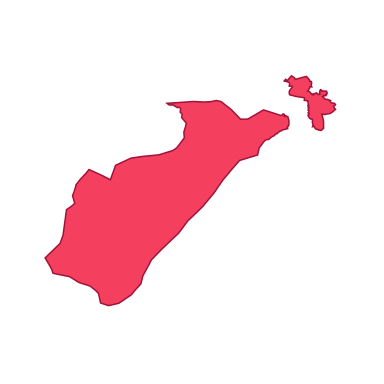 the district of Ilorin East, Kwara, Nigeria, rotated 171°
{"feature_id": "59680162B49050440888294", "entity_name": "Ilorin East", "entity_type": "district", "adm_level": 2, "iso_a3": "NGA", "parent_name": "Nigeria", "parent_adm1": "Kwara", "projection": "mercator", "projection_center": [4.629, 8.608], "detail": "fine", "context": "isolated", "style": "filled", "palette": "rose", "viewbox_px": 384, "rotation_deg": 171, "n_neighbors": 0, "source": "geoboundaries", "source_scale": "gbopen_adm2", "svg_char_len": 4236}
<svg xmlns="http://www.w3.org/2000/svg" viewBox="0 0 384 384"><g transform="rotate(171 192 192)"><path d="M202.8,283.5L201.2,281.7L198.4,281.0L197.6,281.4L195.0,279.1L193.1,277.6L191.0,277.6L190.2,276.0L191.2,272.7L189.5,270.3L190.6,267.1L186.9,261.0L188.4,257.1L190.7,252.4L191.1,246.7L199.9,238.2L204.2,236.0L219.1,233.9L235.7,234.9L247.0,235.0L263.3,230.3L270.7,216.9L278.1,222.3L290.2,230.3L292.6,228.2L293.3,227.5L293.5,227.1L294.1,226.7L294.7,226.4L296.8,224.8L298.2,223.6L300.1,222.2L303.7,218.9L304.9,217.8L305.2,217.5L305.5,217.1L305.7,216.7L305.8,216.0L308.7,210.2L310.6,207.1L309.6,199.1L313.4,196.7L318.7,194.2L326.2,169.3L330.4,161.8L347.4,149.9L344.9,143.6L344.3,142.1L342.7,137.6L341.9,133.4L326.1,127.5L318.0,120.4L307.5,115.1L302.8,110.1L300.2,106.4L299.7,96.7L292.2,92.8L285.4,93.3L281.8,93.5L274.1,97.1L267.9,100.0L263.6,103.9L256.9,109.2L253.6,116.9L248.8,123.2L245.8,127.1L242.6,131.4L231.2,140.0L211.6,153.5L202.1,162.7L200.7,164.1L189.7,171.7L184.0,175.7L170.2,187.8L164.4,194.0L159.7,198.9L148.7,208.5L141.5,214.5L140.1,215.7L121.4,218.3L118.7,225.1L113.2,230.4L111.1,231.9L107.8,232.0L105.6,233.5L103.7,234.3L101.7,234.9L100.9,235.7L99.8,236.2L98.7,236.3L98.3,237.0L97.5,237.2L96.7,237.6L96.3,238.2L95.4,238.4L94.6,238.3L94.0,238.6L93.0,239.1L91.2,239.3L89.7,239.4L87.6,239.6L87.7,241.1L86.8,241.7L86.5,242.6L86.0,242.7L85.5,244.8L85.1,247.6L85.4,250.0L85.6,251.5L86.6,252.0L87.6,252.7L88.5,251.9L89.0,252.3L88.6,254.1L89.8,254.9L91.4,253.6L93.1,254.1L108.5,261.9L125.5,255.3L132.6,256.3L140.2,267.1L149.2,276.8L153.8,278.6L158.8,278.3L165.7,278.9L176.0,281.1L202.8,283.5ZM48.5,272.7L49.1,273.0L49.3,272.8L49.7,272.3L49.9,271.9L50.1,271.5L50.4,270.4L50.5,269.8L50.6,269.5L50.6,269.2L50.3,268.5L50.6,268.5L50.9,268.4L51.3,268.5L51.9,268.5L52.1,268.8L52.2,269.0L52.5,269.2L52.9,269.7L53.4,270.4L53.8,270.4L54.3,270.3L55.0,270.1L55.4,269.7L55.6,269.4L55.8,269.5L56.1,269.9L56.4,269.9L56.9,269.9L57.3,269.9L57.4,269.0L58.1,269.4L58.5,269.8L59.1,271.1L59.4,271.5L59.8,272.1L60.4,272.8L62.0,273.7L60.8,274.7L60.3,275.3L59.7,276.0L59.4,276.6L59.2,277.4L57.2,277.1L57.7,278.9L56.9,280.3L56.8,281.0L56.8,282.4L57.7,282.6L58.4,282.8L58.2,283.7L58.5,284.4L60.2,287.2L61.0,288.3L64.1,288.0L72.3,287.1L72.6,287.7L72.8,288.6L73.1,288.7L73.6,289.4L74.7,290.3L75.7,291.2L78.3,289.0L79.3,288.1L80.5,287.1L81.2,287.9L81.9,288.7L82.9,287.8L83.2,287.6L83.6,287.2L83.0,286.9L81.3,286.4L81.3,286.2L79.6,285.5L78.6,284.4L78.6,283.7L78.8,283.2L79.2,282.3L79.4,281.3L76.3,280.8L76.5,280.0L78.4,278.2L79.8,276.9L80.4,275.5L80.5,273.1L80.2,272.6L78.7,272.0L76.5,271.1L74.9,270.3L69.9,268.7L67.5,267.9L66.1,267.4L66.8,264.9L66.1,264.7L63.3,263.9L63.6,262.9L63.3,262.4L63.5,260.3L63.3,259.9L63.2,259.5L63.5,259.4L63.8,259.7L64.0,259.5L63.8,259.0L63.5,258.3L64.0,257.9L64.1,257.4L63.4,257.2L63.3,256.5L63.9,256.0L64.3,255.5L64.5,255.0L64.5,254.5L64.1,254.3L64.1,253.5L64.0,252.8L64.1,252.3L64.3,252.1L64.9,252.0L64.8,251.1L64.2,250.9L64.1,250.5L64.9,250.1L65.5,249.3L65.0,248.3L64.7,247.3L64.2,246.2L63.1,245.4L62.3,245.4L62.0,245.2L61.7,244.5L62.3,242.0L62.1,240.8L62.1,240.0L61.8,238.9L62.5,238.3L62.8,237.6L61.2,237.6L61.0,237.2L60.4,235.5L59.5,234.5L58.2,234.2L57.3,233.3L55.9,233.1L54.9,232.5L52.0,234.4L51.7,236.7L51.3,239.2L51.1,240.6L51.0,241.9L51.1,243.2L51.2,244.5L51.3,246.2L51.6,248.5L50.6,248.2L49.6,248.0L48.8,247.8L47.5,247.7L46.7,248.0L45.9,248.0L45.1,247.9L43.2,248.0L40.4,249.2L37.3,251.2L37.9,252.1L38.3,252.4L38.4,252.7L38.5,253.5L38.8,254.2L36.6,255.7L37.0,256.6L37.1,257.0L37.6,257.4L38.2,257.6L39.0,257.8L39.9,258.1L40.3,258.2L40.6,258.4L41.0,259.2L41.8,260.2L41.7,260.4L41.0,260.7L41.2,260.9L42.2,261.4L42.9,261.9L43.7,262.3L43.9,262.4L44.2,262.3L45.2,262.6L45.7,262.7L46.1,262.8L46.2,263.3L46.6,263.8L46.9,264.3L47.2,264.5L47.7,265.1L47.9,265.4L48.1,265.7L48.2,265.8L47.8,266.0L47.2,266.4L46.9,266.8L46.7,266.9L46.4,266.2L45.9,266.3L45.3,266.3L44.8,266.3L44.5,266.3L44.5,266.6L44.5,266.9L44.5,267.2L44.5,267.4L43.7,267.3L43.5,267.6L43.3,268.1L43.3,268.3L43.3,268.6L43.1,268.6L43.1,268.8L43.3,268.8L43.2,269.1L43.2,269.4L43.2,269.7L43.2,270.1L43.3,270.5L43.6,270.6L45.0,270.9L46.3,271.2L46.9,271.2L47.4,271.6L48.0,271.9L48.4,271.5L48.5,272.0L48.5,272.7Z" fill="#f43f5e" stroke="#9f1239" stroke-width="1.5"/></g></svg>